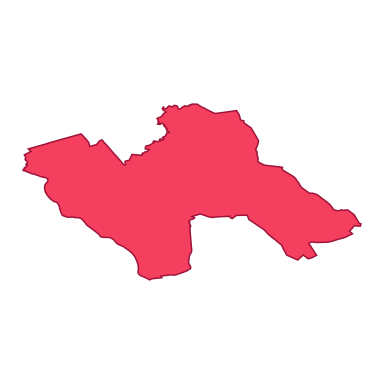 Zaņas pag., Saldus, Latvia (Natural Earth projection)
{"feature_id": "27541924B45294265092973", "entity_name": "Zaņas pag.", "entity_type": "district", "adm_level": 2, "iso_a3": "LVA", "parent_name": "Latvia", "parent_adm1": "Saldus", "projection": "natural_earth1", "projection_center": [22.206, 56.482], "detail": "fine", "context": "isolated", "style": "filled", "palette": "rose", "viewbox_px": 384, "rotation_deg": 0, "n_neighbors": 0, "source": "geoboundaries", "source_scale": "gbopen_adm2", "svg_char_len": 5831}
<svg xmlns="http://www.w3.org/2000/svg" viewBox="0 0 384 384"><path d="M236.5,110.6L216.9,113.3L214.6,113.4L210.1,111.2L209.9,111.1L205.1,108.7L204.9,108.4L201.4,106.8L199.0,105.3L197.4,104.2L193.1,104.1L192.7,104.3L192.5,104.1L191.9,104.2L191.1,104.6L190.8,104.6L190.9,105.0L190.7,105.0L190.4,104.9L189.4,105.1L189.0,105.4L189.0,105.7L188.8,105.7L188.6,105.9L188.2,105.8L187.9,106.1L187.7,106.1L187.4,106.4L186.8,106.4L185.2,105.9L184.4,105.9L184.1,106.1L183.9,106.4L183.1,106.6L180.7,108.6L178.7,108.9L178.3,108.9L178.0,108.7L177.7,107.4L177.7,106.8L177.4,106.2L176.6,105.7L175.4,105.6L174.9,105.4L174.5,105.5L174.1,105.4L173.8,105.7L173.4,106.0L172.2,106.7L171.8,106.7L170.7,106.5L169.5,106.0L169.3,105.8L169.1,105.8L168.6,106.4L167.5,107.1L167.1,107.8L166.1,108.8L164.6,108.6L163.8,108.2L163.6,107.8L163.7,107.1L163.3,107.0L163.2,107.1L162.9,107.7L162.5,108.1L162.4,108.4L162.5,109.0L162.9,109.9L163.5,110.4L166.0,111.8L166.1,112.0L165.7,112.4L163.5,113.5L163.0,114.4L161.5,116.4L160.4,117.1L158.8,117.7L157.3,118.1L157.1,118.3L157.0,118.5L157.7,119.2L157.7,119.6L158.1,120.0L158.1,120.5L158.5,121.1L158.1,121.8L158.1,122.0L158.9,122.2L159.2,122.5L159.4,123.3L159.1,123.6L157.9,123.5L157.7,123.7L157.6,124.0L158.0,124.2L159.8,124.4L160.3,124.3L160.9,123.7L161.5,123.4L162.4,123.5L163.3,123.9L163.6,124.3L163.7,125.1L163.8,125.2L164.8,125.2L164.9,125.4L164.9,125.6L164.3,126.1L164.2,126.3L164.3,126.4L164.6,126.5L165.2,126.4L165.6,126.5L165.5,127.2L165.5,127.5L165.8,127.9L166.7,128.3L167.0,128.6L166.9,128.9L166.3,129.3L166.3,129.5L166.8,130.1L167.0,130.5L167.0,130.9L167.1,131.3L167.4,131.5L167.7,131.7L169.0,132.0L169.2,132.4L168.9,132.5L167.1,132.8L166.6,133.3L166.3,134.2L165.2,136.1L165.0,136.4L163.9,136.7L163.7,137.2L163.5,137.5L163.3,137.5L162.9,137.3L162.5,137.3L162.4,137.4L162.8,137.9L163.6,138.4L163.9,138.7L163.3,139.2L163.5,139.6L163.4,139.7L162.9,139.8L162.4,139.5L161.4,139.7L161.0,139.5L161.0,139.1L160.9,139.0L160.6,138.9L160.1,139.0L159.6,139.4L159.7,140.1L160.2,140.5L160.3,140.8L159.8,141.1L157.2,141.6L156.0,141.4L154.1,140.9L153.8,141.0L153.6,141.2L153.7,141.4L154.3,142.0L154.2,142.3L153.5,141.8L153.2,141.8L153.0,142.5L153.2,142.9L152.6,143.5L148.8,145.5L147.2,145.6L145.6,146.4L145.2,148.7L147.3,149.5L149.1,149.4L147.5,151.5L144.9,152.0L143.4,153.3L142.8,153.0L142.0,154.0L142.5,154.7L141.9,155.3L132.0,154.4L129.3,160.2L125.1,161.2L125.0,161.6L125.3,163.4L125.2,163.5L125.6,164.6L124.2,165.1L117.3,157.2L113.4,153.0L110.4,149.4L105.3,143.5L105.0,143.5L103.3,141.6L103.3,141.4L102.0,139.9L99.7,140.7L96.5,144.6L89.8,146.5L88.8,143.0L88.9,142.9L88.2,141.9L86.6,139.8L81.2,133.9L47.8,143.2L47.9,143.4L28.3,148.9L31.0,151.4L24.3,154.9L25.9,157.6L25.1,159.1L25.7,160.5L27.4,161.6L27.2,163.6L26.9,163.6L26.4,163.8L26.1,164.3L26.6,164.4L26.5,164.5L26.8,164.9L26.7,165.1L27.0,165.3L26.5,165.6L26.6,165.9L26.9,165.9L26.7,166.3L26.4,166.2L26.2,166.5L25.5,167.0L25.3,167.5L25.0,167.6L24.4,167.8L24.4,168.2L24.7,168.4L24.7,168.5L24.5,168.9L23.6,169.2L23.7,169.6L23.3,169.7L23.0,170.4L25.0,170.9L31.7,173.7L33.2,174.0L36.0,174.8L41.9,177.0L45.9,177.7L46.9,178.4L47.6,179.3L48.0,180.8L47.2,182.1L45.7,183.7L45.2,184.4L45.0,185.0L44.5,187.3L44.8,189.7L45.5,192.2L46.6,194.3L48.8,197.2L50.9,199.3L53.4,201.2L56.5,202.3L57.3,202.9L58.6,205.0L59.3,206.4L59.5,208.1L61.3,213.5L61.9,214.6L62.8,215.6L65.2,216.5L68.0,217.2L70.5,217.2L73.0,217.0L75.2,217.6L76.6,217.7L78.2,217.6L79.3,217.9L81.5,218.8L84.5,221.9L86.5,224.8L94.7,231.0L98.9,234.3L100.5,236.7L103.1,237.3L109.7,237.5L112.2,238.8L114.0,240.1L116.0,242.5L117.3,243.8L118.8,244.6L123.3,246.6L125.3,248.0L127.7,249.6L131.9,253.0L135.0,257.0L136.7,260.8L137.8,263.9L138.4,267.6L138.2,270.7L138.0,272.4L138.4,273.7L139.8,275.1L141.3,276.0L142.8,276.5L147.0,278.4L148.9,279.5L149.4,279.9L151.2,279.2L151.3,279.0L152.7,278.7L161.9,277.7L160.9,276.1L166.3,275.4L166.4,275.5L166.7,275.4L171.3,274.8L174.2,275.1L175.4,275.0L177.5,274.3L185.4,271.5L186.8,270.9L189.6,269.1L190.5,268.7L190.6,268.0L190.7,266.9L190.1,265.6L188.9,263.5L188.6,262.8L188.6,262.2L189.4,255.9L190.1,254.4L191.3,252.5L191.5,251.7L191.7,249.9L191.2,244.8L189.9,228.0L190.2,227.7L190.1,226.3L190.6,226.2L190.3,224.7L188.9,222.9L189.9,222.2L189.2,220.8L190.6,219.7L193.5,218.8L194.5,218.2L194.6,217.9L193.8,217.4L191.9,216.5L198.6,214.5L200.1,213.9L209.2,217.0L213.0,217.5L213.4,217.3L217.0,216.9L227.4,216.4L227.8,216.6L229.9,216.1L230.3,217.7L232.2,218.6L236.5,215.4L247.0,215.2L247.4,216.0L248.1,216.7L248.1,217.5L248.8,219.4L249.9,220.2L251.2,221.0L264.0,229.7L266.4,232.2L266.9,232.8L267.0,233.0L268.2,234.2L270.2,235.9L271.9,237.1L271.8,237.4L274.5,239.2L277.3,241.7L281.7,245.2L283.2,248.6L286.0,253.8L286.8,255.1L297.7,260.0L301.0,257.0L302.6,255.7L303.2,255.0L308.2,258.8L312.3,257.6L316.6,255.3L308.7,243.2L310.1,242.5L311.5,242.1L312.9,242.1L316.6,242.5L327.1,242.2L328.4,242.1L333.6,240.8L338.2,239.3L344.8,237.5L352.5,233.8L349.5,231.1L351.8,228.8L354.1,225.9L354.3,225.8L360.2,226.2L360.3,226.2L361.0,223.9L359.3,223.3L359.1,223.1L354.3,214.9L347.9,210.0L346.1,210.2L345.4,209.9L344.4,210.3L342.9,210.3L341.5,209.9L340.8,209.9L339.3,210.6L338.0,210.9L334.0,209.8L333.7,209.6L330.5,205.2L326.9,201.9L321.1,197.7L318.8,195.8L316.5,194.4L312.6,193.2L309.5,193.2L306.6,191.2L305.2,190.1L301.5,187.4L299.9,185.1L298.4,182.5L296.4,180.0L295.7,178.5L294.6,177.7L293.6,176.6L285.1,171.5L283.0,170.2L282.1,169.0L282.5,167.3L271.0,165.9L268.5,165.7L263.9,165.0L263.7,164.8L257.8,161.7L258.1,159.6L258.2,158.8L258.2,158.6L257.2,155.5L257.4,155.4L256.6,154.1L257.3,152.8L257.0,151.7L256.5,151.2L255.6,149.9L257.5,145.3L258.6,140.8L256.9,137.8L251.1,127.9L248.3,126.0L247.5,125.3L245.1,123.8L244.0,122.7L243.6,122.1L243.6,121.8L243.9,120.9L240.9,120.1L240.4,119.7L239.9,117.3L239.3,115.0L238.0,112.7L237.4,112.0L236.7,110.7L236.5,110.6Z" fill="#f43f5e" stroke="#9f1239" stroke-width="1.5"/></svg>